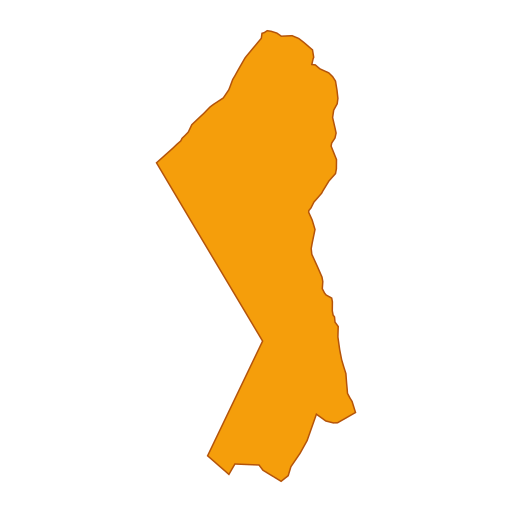 the district of Ed Damazine, Blue Nile, Sudan
{"feature_id": "16777658B29603922889850", "entity_name": "Ed Damazine", "entity_type": "district", "adm_level": 2, "iso_a3": "SDN", "parent_name": "Sudan", "parent_adm1": "Blue Nile", "projection": "albers", "projection_center": [34.253, 12.058], "detail": "fine", "context": "isolated", "style": "filled", "palette": "amber", "viewbox_px": 512, "rotation_deg": 0, "n_neighbors": 0, "source": "geoboundaries", "source_scale": "gbopen_adm2", "svg_char_len": 1641}
<svg xmlns="http://www.w3.org/2000/svg" viewBox="0 0 512 512"><path d="M184.5,136.0L184.4,136.1L182.8,137.6L182.6,137.8L182.3,138.1L182.1,138.3L181.9,138.6L181.6,139.3L180.9,140.6L180.8,140.8L180.7,141.0L176.9,144.3L173.5,147.6L156.5,162.8L167.7,181.7L194.3,226.5L262.6,341.1L207.6,455.8L228.9,474.4L234.9,464.0L259.0,465.0L263.0,470.3L281.1,481.3L288.2,475.7L290.9,466.7L300.1,453.2L307.1,440.6L316.4,414.2L325.8,421.0L333.3,422.9L337.5,422.8L355.5,412.5L352.1,401.5L350.0,398.1L347.5,393.4L347.1,388.5L346.6,383.2L345.9,373.6L343.7,366.7L341.6,359.6L339.7,349.8L337.9,337.0L338.2,326.5L335.0,322.1L334.5,316.9L333.1,315.1L332.3,310.8L332.4,301.8L331.7,298.1L326.1,295.0L324.5,293.0L322.3,288.7L322.8,281.6L322.0,277.1L317.9,267.7L317.1,265.9L311.8,254.3L311.2,248.6L312.2,243.0L315.0,229.5L312.2,220.1L308.7,212.4L308.8,210.6L311.0,207.9L313.9,202.1L321.6,193.3L322.8,191.0L329.0,180.9L335.5,173.6L336.4,168.8L336.5,159.6L331.1,146.1L331.7,143.0L335.0,138.0L336.1,133.1L335.3,129.3L332.6,117.5L333.7,110.1L337.2,103.8L337.9,98.4L337.0,90.3L335.5,81.1L332.6,76.6L328.8,72.9L320.0,68.9L318.2,67.4L315.3,64.9L311.8,64.5L313.1,58.8L313.7,57.3L312.5,49.9L303.8,42.4L298.6,38.4L298.9,38.2L298.6,38.4L292.1,35.7L285.5,36.0L281.3,36.2L276.9,33.1L271.2,31.3L267.2,30.7L264.3,32.6L263.7,32.8L262.0,33.3L261.3,38.3L254.2,46.8L252.7,48.6L252.2,49.2L246.4,56.2L245.0,58.0L239.2,68.1L237.9,70.4L234.8,76.0L232.7,79.5L230.0,86.8L228.8,89.8L223.4,97.8L223.2,98.0L213.9,104.1L211.7,105.7L209.9,107.1L203.5,113.7L201.3,115.7L197.7,119.1L191.8,124.7L189.2,130.2L188.3,132.0L188.2,132.2L184.5,136.0Z" fill="#f59e0b" stroke="#b45309" stroke-width="1.5"/></svg>